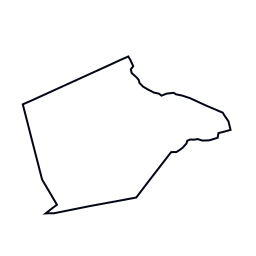 Alagoinha, Pernambuco, Brazil (Natural Earth projection), rotated 257°
{"feature_id": "56859067B2538648753645", "entity_name": "Alagoinha", "entity_type": "district", "adm_level": 2, "iso_a3": "BRA", "parent_name": "Brazil", "parent_adm1": "Pernambuco", "projection": "natural_earth1", "projection_center": [-36.752, -8.511], "detail": "fine", "context": "isolated", "style": "outline", "palette": "ink", "viewbox_px": 256, "rotation_deg": 257, "n_neighbors": 0, "source": "geoboundaries", "source_scale": "gbopen_adm2", "svg_char_len": 818}
<svg xmlns="http://www.w3.org/2000/svg" viewBox="0 0 256 256"><g transform="rotate(257 128 128)"><path d="M121.6,223.8L132.0,209.5L143.3,194.9L147.5,187.9L150.0,182.4L152.0,180.4L152.8,173.4L152.0,167.9L154.4,166.0L156.7,161.2L158.7,158.9L161.1,156.0L164.8,152.1L169.3,149.3L172.2,149.3L175.1,147.9L180.9,143.9L184.6,144.0L187.0,147.0L193.7,145.6L197.6,144.4L195.9,135.3L194.5,128.8L176.3,39.3L175.4,34.4L174.7,30.8L155.7,31.3L141.1,31.6L113.1,32.3L97.0,32.7L88.0,35.6L69.2,41.5L67.0,36.4L63.3,28.5L62.6,32.3L61.6,36.4L60.5,73.4L58.4,120.4L71.7,136.4L94.8,164.6L93.7,169.8L95.0,173.4L96.4,176.7L99.7,181.4L102.2,182.9L102.8,185.9L101.8,189.6L101.5,193.5L99.1,197.4L97.7,204.3L98.3,213.1L102.7,215.0L102.8,221.2L103.1,227.5L111.8,227.4L118.7,224.7L121.6,223.8Z" fill="none" stroke="#020617" stroke-width="2"/></g></svg>